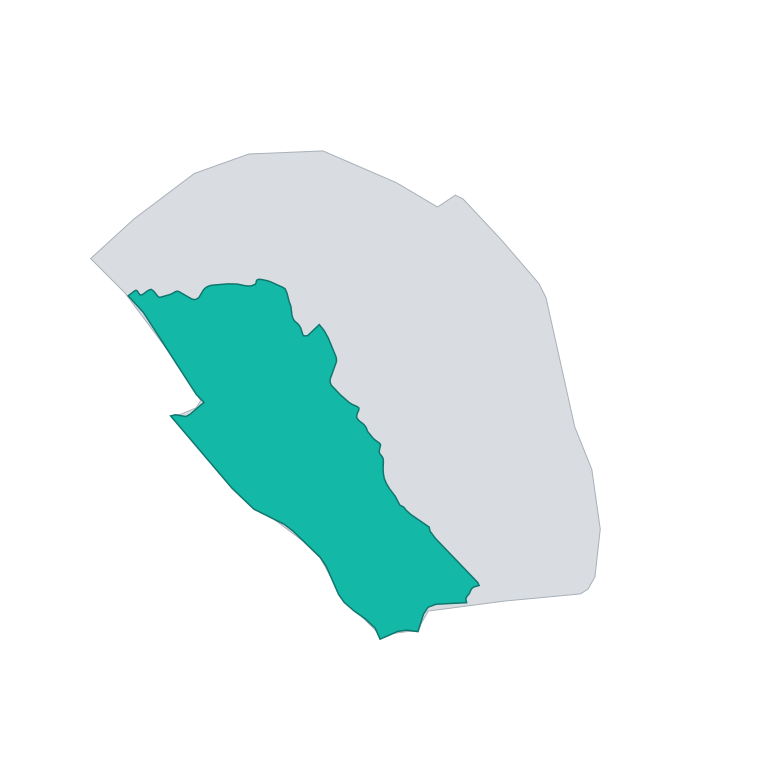 Lubombo highlighted on a map of eSwatini, rotated 139°
{"feature_id": "SWZ-535", "entity_name": "Lubombo", "entity_type": "District", "adm_level": 1, "iso_a3": "SWZ", "parent_name": "eSwatini", "parent_adm1": "", "projection": "equal_earth", "projection_center": [31.73, -26.547], "detail": "fine", "context": "in_parent", "style": "filled", "palette": "teal", "viewbox_px": 768, "rotation_deg": 139, "n_neighbors": 0, "source": "natural_earth", "source_scale": "10m", "svg_char_len": 2499}
<svg xmlns="http://www.w3.org/2000/svg" viewBox="0 0 768 768"><g transform="rotate(139 384 384)"><path d="M520.6,174.7L526.2,180.1L551.6,197.1L553.9,231.0L551.4,269.7L546.3,294.2L548.1,318.5L556.3,356.3L563.9,382.2L565.7,499.7L557.1,494.4L541.5,489.3L533.2,491.7L525.6,544.3L519.8,622.6L523.1,671.1L463.9,672.6L388.9,667.3L335.2,646.3L277.2,600.0L242.6,527.8L227.5,482.4L206.4,479.8L203.0,472.1L200.9,416.7L201.2,358.4L205.1,342.9L244.0,271.1L268.2,226.5L283.2,183.2L316.1,132.5L351.3,100.1L364.4,95.4L373.4,96.7L435.7,141.3L499.5,183.6L513.3,178.8L520.6,174.7Z" fill="#d9dde1" stroke="#a8b0b8" stroke-width="1"/><path d="M520.9,174.9L528.1,183.1L536.0,188.3L554.4,194.0L550.8,205.6L552.2,218.9L555.5,232.5L557.3,245.3L556.3,255.1L547.2,284.3L545.8,295.0L549.2,333.1L551.3,343.4L564.3,374.9L567.1,405.1L566.0,499.9L561.6,497.6L554.8,489.4L550.4,488.4L531.9,488.3L532.5,499.3L527.9,531.8L523.5,562.0L518.7,595.8L519.2,618.4L511.2,617.9L510.0,617.6L509.2,616.8L509.3,614.7L509.6,612.8L509.5,611.2L508.8,610.3L506.6,609.8L501.8,609.5L499.5,609.0L497.7,608.2L497.1,606.3L496.9,604.6L497.2,598.2L496.8,597.1L495.9,596.2L487.2,592.1L484.5,591.2L482.0,590.8L479.8,590.2L478.3,588.7L473.3,574.2L471.6,571.9L469.0,570.8L466.7,570.8L458.7,573.4L456.1,573.7L453.4,573.3L450.8,572.4L448.3,570.9L436.0,561.9L429.2,555.7L424.4,549.3L421.7,546.6L419.5,544.9L417.8,544.5L415.9,543.7L414.5,544.1L412.9,545.4L411.3,545.8L409.7,545.1L407.8,543.1L404.2,538.4L402.7,535.8L397.0,523.4L396.2,520.8L397.1,517.6L398.1,515.2L401.5,508.5L403.3,503.7L408.3,496.4L409.6,493.5L410.2,490.6L409.6,486.3L409.6,483.5L410.1,480.9L412.3,475.9L413.2,473.4L411.7,471.8L409.8,470.6L393.9,471.3L394.1,463.9L395.9,455.3L402.3,436.2L403.3,434.4L404.4,432.9L405.5,431.9L421.6,422.9L423.5,420.7L424.6,417.6L424.0,404.3L422.5,393.1L421.3,389.3L419.0,384.4L418.7,382.3L420.1,380.9L422.6,379.8L425.0,378.3L426.7,376.5L426.9,373.5L426.7,371.5L425.9,367.6L425.8,365.4L426.1,362.6L427.5,359.0L427.8,350.3L427.4,347.3L426.3,342.6L426.2,341.1L426.8,340.0L430.4,337.5L432.0,336.0L432.9,334.4L433.0,331.2L433.4,328.7L435.3,325.9L440.6,320.3L443.3,316.7L445.8,312.5L447.6,306.9L448.6,301.1L449.2,291.9L451.5,282.3L450.3,279.2L449.8,277.3L450.2,275.0L449.4,268.0L443.8,246.4L445.8,242.8L446.5,233.8L443.5,172.7L444.4,169.5L448.7,171.6L450.3,172.0L452.0,172.0L453.7,171.5L456.8,170.0L458.3,169.6L459.9,169.5L461.7,168.9L463.2,168.2L465.1,164.8L489.3,183.7L497.2,186.6L505.1,184.4L520.9,174.9Z" fill="#14b8a6" stroke="#0f766e" stroke-width="1.5"/></g></svg>